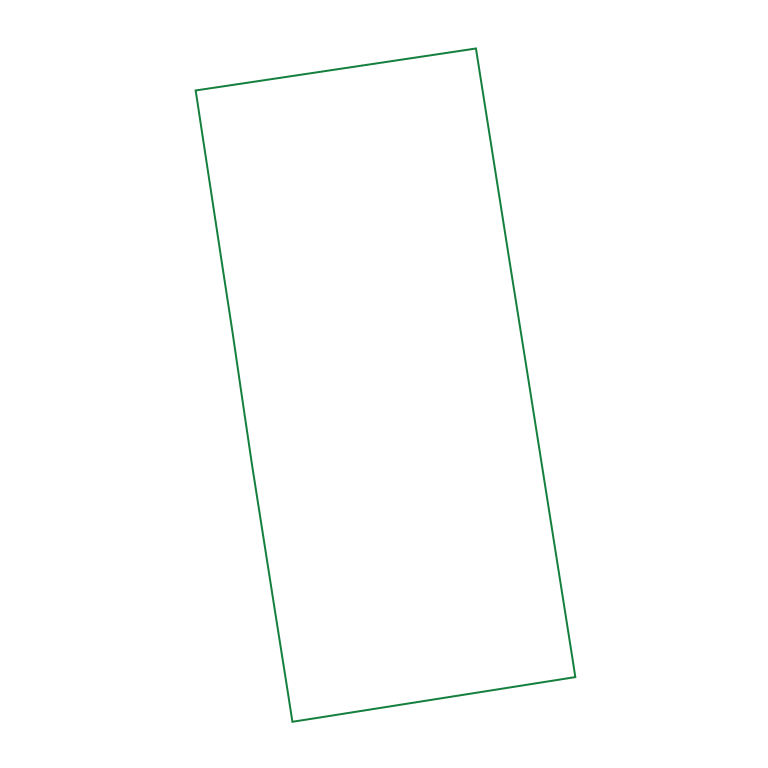 outline of Dickey, North Dakota, United States of America, rotated 81°
{"feature_id": "52423323B72146276319196", "entity_name": "Dickey", "entity_type": "district", "adm_level": 2, "iso_a3": "USA", "parent_name": "United States of America", "parent_adm1": "North Dakota", "projection": "equal_earth", "projection_center": [-98.514, 46.11], "detail": "fine", "context": "isolated", "style": "outline", "palette": "green", "viewbox_px": 768, "rotation_deg": 81, "n_neighbors": 0, "source": "geoboundaries", "source_scale": "gbopen_adm2", "svg_char_len": 366}
<svg xmlns="http://www.w3.org/2000/svg" viewBox="0 0 768 768"><g transform="rotate(81 384 384)"><path d="M67.0,240.7L64.6,524.1L128.8,524.5L129.4,524.5L244.7,525.2L308.1,525.5L383.9,526.4L443.1,527.0L589.7,527.2L590.3,527.2L663.4,527.2L703.3,527.3L703.4,240.9L685.6,240.8L386.6,240.7L285.3,240.8L67.0,240.7Z" fill="none" stroke="#15803d" stroke-width="2"/></g></svg>